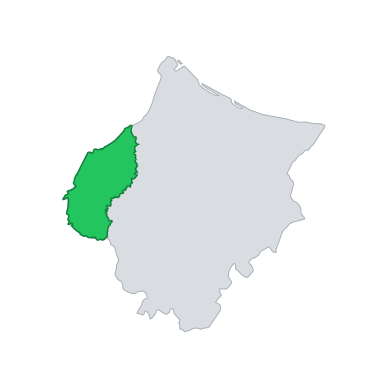 Zanzan on a map of Ivory Coast (Natural Earth projection), rotated 215°
{"feature_id": "CIV-3449", "entity_name": "Zanzan", "entity_type": "Region", "adm_level": 1, "iso_a3": "CIV", "parent_name": "Ivory Coast", "parent_adm1": "", "projection": "natural_earth1", "projection_center": [-3.572, 8.502], "detail": "fine", "context": "in_parent", "style": "filled", "palette": "green", "viewbox_px": 384, "rotation_deg": 215, "n_neighbors": 0, "source": "natural_earth", "source_scale": "10m", "svg_char_len": 9129}
<svg xmlns="http://www.w3.org/2000/svg" viewBox="0 0 384 384"><g transform="rotate(215 192 192)"><path d="M106.3,84.3L107.3,84.3L110.1,83.3L112.5,81.3L114.8,76.9L118.0,73.4L121.4,73.7L122.5,73.0L123.7,72.9L125.2,75.2L126.6,77.0L127.7,77.0L128.4,80.3L134.8,81.7L137.5,82.6L139.8,85.0L140.6,85.1L141.6,84.6L142.4,83.7L142.5,82.8L141.5,80.6L142.0,78.7L143.0,76.9L144.7,76.8L147.1,76.3L150.0,76.3L152.1,76.6L152.9,74.9L152.1,70.0L152.4,67.2L152.7,65.0L153.5,64.0L156.6,66.9L159.5,67.9L161.6,68.0L162.2,67.5L161.3,64.3L161.5,63.4L162.3,62.8L163.7,62.5L167.4,61.2L167.7,61.5L168.4,66.4L168.1,68.1L168.9,71.4L169.8,74.5L169.7,75.8L168.9,77.7L168.0,79.5L168.1,80.2L169.6,81.4L172.4,82.7L175.3,83.0L176.9,81.2L178.6,79.7L179.8,78.4L180.2,76.4L182.0,75.0L187.3,73.2L192.2,72.9L193.3,73.5L195.5,76.2L198.3,78.1L202.5,77.8L205.6,79.0L208.3,81.1L210.0,85.7L212.0,89.1L212.8,93.8L215.9,96.4L218.3,97.5L221.6,101.0L225.0,102.7L228.5,102.3L230.1,104.1L232.7,105.4L235.3,105.5L237.6,101.5L240.7,99.9L248.3,96.7L251.4,95.3L254.4,94.4L261.8,94.1L268.7,95.1L272.1,95.8L274.5,95.3L276.7,97.2L279.0,101.2L280.8,102.4L282.8,103.8L284.2,107.0L285.8,110.1L286.8,111.5L288.8,114.5L290.6,114.6L292.3,113.3L293.1,112.3L293.4,114.3L292.7,117.6L292.9,119.6L293.9,120.4L293.3,123.1L291.3,127.5L291.3,130.2L293.3,131.0L294.7,133.8L295.6,138.6L296.5,140.2L296.6,141.2L298.0,152.8L299.8,164.5L298.7,166.0L297.1,166.5L296.1,167.0L295.8,168.1L296.5,169.7L296.0,171.2L294.1,172.2L289.8,175.9L289.5,177.3L288.4,180.5L287.4,182.4L286.0,186.0L283.8,195.5L283.0,203.3L282.9,205.7L282.0,207.4L281.1,209.8L276.4,216.5L274.1,222.0L274.4,224.4L274.5,226.8L273.8,228.5L273.9,233.2L274.5,237.0L275.3,240.8L278.7,251.6L280.4,258.2L281.5,263.4L282.5,267.0L283.4,268.4L283.7,269.8L288.7,270.8L289.7,271.5L291.1,278.4L290.8,281.5L289.9,282.7L289.9,285.3L289.7,288.6L288.9,289.9L286.1,290.0L284.2,291.3L281.7,290.8L281.5,290.0L280.1,289.7L276.4,287.8L277.0,281.9L275.3,281.6L274.0,282.4L271.4,289.6L270.1,290.8L251.6,287.1L247.6,284.1L242.8,283.4L234.4,283.8L227.4,284.7L225.5,286.5L242.9,285.4L244.8,285.6L245.7,286.7L223.6,289.1L215.2,290.5L212.7,290.1L210.8,287.8L201.6,287.5L199.7,288.3L198.6,290.0L202.2,289.6L207.9,289.5L209.4,290.8L191.6,292.5L179.3,295.7L174.0,298.1L156.8,305.9L146.3,309.6L143.5,311.0L138.7,314.8L132.6,317.2L125.7,321.7L121.5,322.8L120.5,321.3L120.4,313.7L119.9,303.5L120.1,299.6L120.6,295.9L120.7,292.8L122.8,291.7L123.3,290.4L123.6,286.5L125.6,282.8L125.6,276.5L126.2,275.2L126.7,273.6L125.8,269.4L124.8,261.6L124.2,261.1L123.8,261.5L122.7,261.6L118.3,258.9L115.0,258.5L112.7,256.2L112.5,253.5L111.4,252.0L110.6,249.0L109.4,245.5L106.1,243.4L103.1,242.9L100.9,243.3L98.3,243.2L95.3,242.0L93.3,240.7L91.4,238.2L89.6,236.2L88.2,236.4L86.4,235.9L84.7,235.0L84.2,234.3L91.3,226.2L93.8,222.2L94.1,219.8L94.1,217.4L94.9,214.9L95.1,211.1L91.2,197.2L90.2,192.9L89.1,191.7L88.4,191.2L90.4,189.4L93.2,189.9L97.4,191.3L98.3,189.9L101.6,182.9L101.5,180.3L101.2,178.5L103.1,173.7L104.6,171.9L105.3,169.8L105.1,167.1L104.0,166.1L102.5,166.3L100.7,165.6L98.0,164.1L96.7,162.7L97.1,156.3L97.4,154.4L98.3,153.2L99.8,152.9L104.0,152.7L107.4,153.5L110.4,153.9L112.0,153.9L113.2,155.8L114.9,157.7L116.5,157.7L117.0,156.2L116.7,150.0L115.7,146.7L113.4,143.5L107.5,140.8L107.4,137.0L108.0,132.9L109.3,131.3L113.7,128.7L112.9,127.3L111.5,125.8L108.7,124.3L109.4,119.4L109.5,115.0L107.2,115.4L104.8,115.7L102.7,114.3L101.0,111.7L100.7,104.3L100.8,95.8L100.5,92.1L101.1,90.1L103.2,88.2L105.5,85.8L106.3,84.3ZM279.3,290.9L278.4,292.5L273.7,291.5L274.8,290.1L279.3,290.9Z" fill="#d9dde1" stroke="#a8b0b8" stroke-width="1"/><path d="M293.3,112.0L293.8,112.7L293.8,113.2L293.7,114.6L293.7,114.9L293.9,115.6L293.9,116.7L293.7,117.4L293.3,117.7L292.8,117.9L292.5,118.5L292.4,119.3L292.7,119.9L293.2,120.3L293.8,120.5L294.4,120.8L294.3,121.6L293.9,122.4L292.8,123.1L292.4,123.8L291.8,125.3L291.0,126.2L290.9,126.5L290.8,128.5L290.6,129.2L290.3,129.8L290.7,130.0L290.9,130.3L291.2,130.5L291.6,130.6L292.6,130.6L293.4,130.9L294.3,131.4L294.6,132.1L294.6,132.9L295.2,134.8L295.4,135.0L295.6,135.1L295.8,135.2L295.9,135.5L295.9,136.2L296.6,139.1L296.6,139.6L296.2,139.9L296.0,140.2L295.9,140.7L296.1,141.0L296.4,140.8L296.5,141.5L298.2,153.0L299.8,164.5L299.6,165.1L298.0,166.2L297.5,166.4L297.1,166.3L296.6,166.1L296.4,166.1L296.1,166.3L295.9,166.9L295.7,167.5L295.8,168.0L296.3,169.2L296.5,170.2L296.5,170.9L296.1,171.4L295.4,171.9L293.3,172.7L292.7,173.2L291.0,175.4L290.5,175.9L290.4,175.8L290.2,175.5L290.0,175.4L289.8,175.4L289.7,175.7L289.5,178.8L289.4,179.2L289.1,179.6L288.3,180.1L288.0,180.4L288.0,180.7L288.1,181.2L288.1,181.4L288.0,181.7L287.6,182.2L287.5,182.4L284.9,188.8L284.4,190.4L282.7,203.0L282.8,203.5L283.0,204.1L283.2,204.4L283.4,204.7L283.3,205.3L283.0,206.1L281.4,208.4L281.2,208.8L280.9,210.9L280.8,211.2L279.0,211.8L278.9,211.1L277.5,207.8L277.0,207.3L276.5,206.7L275.3,205.9L274.5,205.2L274.1,204.9L271.5,204.0L270.8,203.8L270.3,203.9L270.0,204.4L269.8,204.7L269.7,204.9L269.3,204.8L268.7,204.0L268.4,203.6L268.2,203.5L268.1,203.3L268.1,203.1L267.5,201.0L267.4,200.8L267.2,200.6L266.7,200.3L266.5,200.2L266.3,200.1L266.1,200.2L265.7,200.0L264.9,199.8L264.6,199.8L263.5,200.2L264.0,199.3L263.9,198.4L264.5,198.0L264.6,197.4L264.4,195.7L263.5,194.3L263.4,194.0L263.2,193.8L262.9,193.6L262.5,193.5L262.1,193.4L261.7,193.1L261.4,192.9L261.3,192.5L262.0,191.7L262.2,191.2L261.9,190.0L261.2,189.8L259.8,190.2L259.5,190.0L259.3,189.6L259.1,189.3L258.7,189.1L258.6,188.8L258.5,188.3L258.4,187.7L258.0,187.4L257.1,187.2L256.7,186.8L256.4,185.4L256.7,184.5L256.2,184.0L255.4,183.9L254.7,184.0L254.5,183.7L254.2,183.5L253.9,183.5L253.5,183.7L253.3,182.9L252.9,182.5L252.3,182.4L251.6,182.3L251.6,182.1L251.9,181.9L252.0,181.6L251.8,180.8L251.7,180.6L251.4,180.2L251.5,179.7L251.8,179.3L251.6,178.6L251.4,178.1L251.3,177.8L250.8,177.4L250.4,177.9L250.0,177.5L248.9,177.2L248.4,177.0L247.9,176.6L248.2,176.4L248.6,176.2L249.3,175.6L249.5,175.2L249.6,174.8L249.4,174.0L249.0,174.0L248.7,174.3L248.3,174.3L247.8,174.2L247.2,174.4L246.7,174.4L246.5,173.8L246.7,171.9L246.8,170.4L247.2,169.4L247.8,168.9L248.6,169.1L248.8,169.0L249.1,168.5L249.1,168.3L248.7,167.8L247.3,165.9L247.0,165.7L246.6,165.7L246.3,165.5L246.2,165.0L246.4,164.5L246.9,163.7L247.0,163.2L246.8,162.8L245.9,162.2L245.7,161.5L245.6,161.0L245.5,160.6L245.9,160.5L247.7,160.5L248.2,160.4L248.5,160.0L248.5,159.6L248.5,159.2L248.3,158.8L247.9,158.4L247.9,158.2L248.1,158.1L248.2,157.8L248.2,157.6L248.3,157.5L248.4,157.3L248.4,157.0L248.3,156.8L248.2,156.8L247.9,156.8L247.8,156.5L247.5,156.2L247.5,155.9L247.7,155.3L247.8,155.5L248.3,155.4L249.0,155.1L249.3,154.3L249.4,153.8L249.1,153.0L247.8,152.2L247.7,151.4L247.9,151.2L248.5,151.0L248.8,150.4L249.8,149.6L249.8,149.0L249.6,148.1L249.5,147.9L249.3,147.3L248.9,146.9L249.3,145.4L249.6,144.9L250.2,144.6L251.3,144.6L251.8,144.5L252.1,144.1L251.5,143.9L251.6,143.6L252.3,143.0L253.2,141.3L253.4,141.0L253.8,141.2L254.2,141.4L254.4,141.2L254.5,140.3L254.3,139.8L253.9,139.3L253.5,139.0L253.0,139.0L253.0,138.9L252.9,138.8L253.0,138.5L253.1,138.3L253.2,138.2L253.5,138.2L253.5,137.9L252.8,137.2L251.8,135.8L251.2,135.2L250.7,134.2L250.9,133.5L251.7,133.0L252.6,132.6L253.0,132.5L253.5,132.5L253.9,132.3L254.0,131.7L253.7,131.3L253.2,130.9L252.6,130.7L251.4,130.3L251.1,129.6L251.2,128.7L251.6,127.8L251.9,128.4L252.3,128.9L252.6,128.8L252.6,127.8L252.3,127.1L251.9,127.1L251.3,127.4L250.6,127.5L250.7,127.3L250.9,127.2L250.4,126.6L250.8,125.2L250.2,125.0L249.2,125.0L248.9,125.0L248.8,124.7L248.7,124.2L248.6,123.8L248.3,123.6L247.9,123.5L247.2,123.1L245.8,122.7L244.8,122.0L243.9,121.0L243.7,121.2L243.5,121.3L243.2,121.3L242.9,121.3L242.3,121.5L241.7,121.9L241.4,122.2L241.4,122.5L240.9,122.4L240.6,122.0L240.5,121.6L240.4,121.3L240.5,120.6L240.7,120.2L240.8,119.8L240.7,119.1L240.6,118.9L240.3,118.6L240.2,118.2L240.2,117.9L240.3,117.6L240.4,117.4L240.4,117.2L240.5,116.8L240.7,116.4L240.7,116.1L240.6,115.8L240.3,115.1L240.1,113.8L239.8,113.2L238.9,112.2L238.7,111.8L238.6,111.5L238.5,111.2L238.5,110.8L238.4,110.3L238.2,110.1L237.9,109.9L237.7,109.7L236.1,107.2L235.7,107.0L235.9,106.7L236.4,105.7L236.5,105.2L236.3,104.2L236.4,103.8L236.5,103.5L237.6,102.2L237.2,102.0L237.5,101.5L238.1,101.2L239.5,101.0L240.1,100.6L241.1,99.0L241.8,98.4L242.4,98.3L244.4,99.0L244.7,99.3L244.9,99.3L245.2,99.3L245.2,99.1L245.2,98.9L245.3,98.8L245.8,98.5L246.1,98.4L247.2,98.3L247.5,97.8L247.6,97.1L248.1,96.8L248.9,96.5L250.2,95.6L250.9,95.3L251.0,95.3L253.3,95.3L254.0,95.0L254.3,94.8L254.8,94.1L255.2,93.8L255.7,93.6L257.4,93.4L257.7,93.4L258.1,93.7L258.4,93.8L258.6,93.6L258.9,93.2L259.0,93.1L259.5,93.3L259.7,93.5L260.0,93.9L260.3,94.2L261.0,94.3L263.1,94.0L268.6,94.5L269.1,94.7L269.7,95.4L270.1,95.6L270.4,95.5L270.8,95.2L271.2,95.0L271.3,95.3L271.3,96.1L271.3,97.0L271.7,97.5L272.5,97.4L273.0,96.8L274.2,94.9L274.8,94.4L275.2,94.7L275.2,95.5L275.1,96.5L275.3,97.3L275.9,97.7L276.7,97.8L277.5,98.0L278.2,99.0L278.7,100.9L279.0,101.9L279.6,102.5L280.3,102.5L281.5,102.1L282.1,102.3L282.7,102.9L283.1,103.9L283.8,105.8L285.5,109.7L289.0,115.2L289.9,115.9L290.7,115.9L291.4,115.3L292.2,113.2L293.3,112.0Z" fill="#22c55e" stroke="#15803d" stroke-width="1.5"/></g></svg>